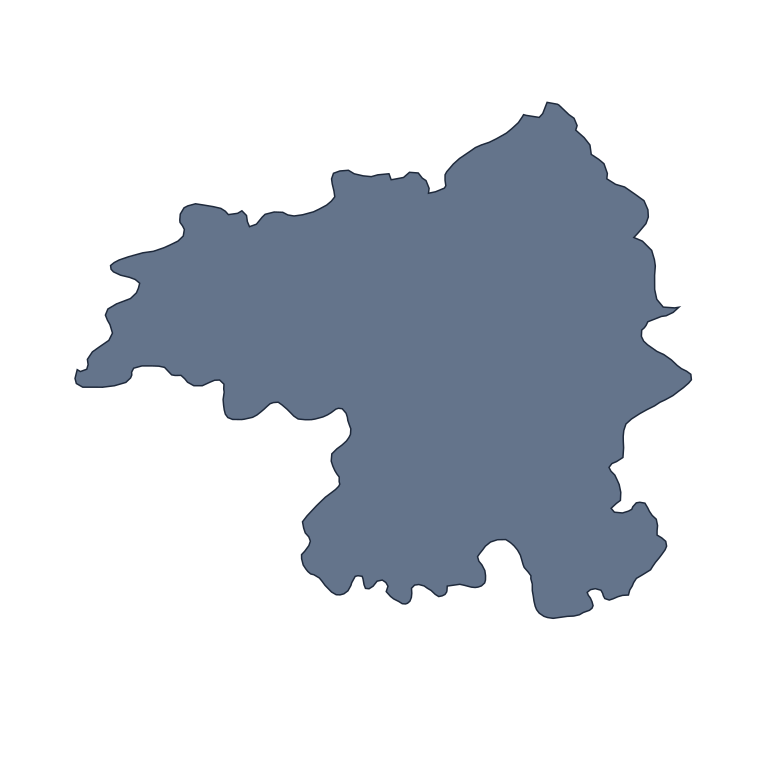 Horki, Mogilev, Belarus (Equal Earth projection), rotated 352°
{"feature_id": "67162791B10713618148259", "entity_name": "Horki", "entity_type": "district", "adm_level": 2, "iso_a3": "BLR", "parent_name": "Belarus", "parent_adm1": "Mogilev", "projection": "equal_earth", "projection_center": [30.973, 54.207], "detail": "fine", "context": "isolated", "style": "filled", "palette": "slate", "viewbox_px": 768, "rotation_deg": 352, "n_neighbors": 0, "source": "geoboundaries", "source_scale": "gbopen_adm2", "svg_char_len": 5249}
<svg xmlns="http://www.w3.org/2000/svg" viewBox="0 0 768 768"><g transform="rotate(352 384 384)"><path d="M686.7,349.0L682.5,349.1L671.2,346.7L665.9,338.1L665.2,328.0L667.1,314.0L669.1,304.9L669.1,298.6L667.7,289.0L659.8,278.5L651.8,273.7L657.1,269.4L665.7,261.7L669.0,255.4L669.6,248.2L667.0,238.7L659.0,231.0L649.7,222.4L641.1,218.5L633.2,211.8L634.5,206.6L632.5,196.5L627.8,191.3L621.2,185.5L621.2,176.0L616.5,167.9L609.2,159.3L611.2,155.0L609.2,147.3L604.6,143.0L596.0,132.1L594.7,131.1L584.7,127.8L578.8,138.3L574.8,141.6L562.3,137.8L559.7,136.7L558.3,138.5L553.4,143.9L546.0,149.0L540.1,152.6L529.4,156.8L521.8,159.3L513.8,160.8L507.4,162.6L500.7,166.0L490.1,171.2L483.3,175.8L475.7,182.5L473.6,185.3L472.8,190.8L472.8,196.3L471.1,198.4L461.8,200.8L454.6,201.3L455.9,196.5L453.9,188.4L450.6,185.5L447.3,179.8L438.7,177.9L432.1,182.2L421.5,182.7L419.5,182.7L418.2,176.5L406.9,176.0L400.3,176.9L392.4,175.0L383.8,171.7L378.5,167.4L369.9,166.9L363.3,168.3L360.6,173.6L360.6,178.8L361.3,186.0L361.3,191.8L357.3,195.6L352.0,198.9L344.1,201.8L338.1,203.7L326.9,205.1L318.3,205.1L312.3,203.2L307.7,199.9L299.1,198.4L289.9,199.4L286.6,201.8L279.9,208.0L272.7,209.5L271.3,204.2L271.3,198.0L267.4,192.7L262.8,194.6L253.5,194.6L252.9,193.8L250.9,190.8L246.9,187.4L239.6,184.6L230.4,181.7L222.4,179.3L214.5,180.3L210.5,181.7L205.9,187.4L204.6,193.2L204.5,195.6L206.5,199.4L207.8,203.2L205.8,209.5L199.9,213.8L191.3,216.6L184.7,218.5L174.1,220.5L163.5,220.5L148.9,222.4L139.0,224.3L133.7,226.2L129.7,228.6L129.7,232.4L131.7,235.3L138.3,239.6L146.9,243.0L152.2,245.9L156.1,250.2L154.1,255.0L151.5,259.3L144.8,264.1L130.3,267.4L121.0,271.3L117.7,277.0L119.0,282.3L120.9,287.1L122.2,295.8L117.6,302.5L107.0,307.8L99.7,311.6L93.7,318.3L93.7,323.6L91.7,328.0L85.1,329.4L82.2,327.1L78.8,335.5L79.4,340.7L85.2,345.2L98.0,347.0L104.7,348.0L116.9,348.2L128.6,346.5L133.9,342.7L135.5,340.0L135.7,337.2L138.3,333.5L146.8,332.4L156.2,333.7L163.5,335.0L169.0,337.0L172.9,342.5L175.0,345.4L178.4,346.5L184.2,347.2L187.4,351.1L189.7,354.9L195.4,359.2L203.9,360.4L212.2,357.9L216.8,356.7L221.8,357.2L225.5,361.9L224.6,366.6L224.6,369.8L222.5,377.0L222.2,382.5L222.2,387.5L222.7,391.8L224.7,395.5L229.1,398.0L238.1,399.4L240.8,399.4L249.3,398.7L253.9,397.0L258.5,394.3L261.8,392.2L265.2,389.8L268.4,387.7L271.9,387.0L276.7,387.3L280.1,390.5L284.5,395.5L287.5,399.5L290.2,403.2L294.1,406.7L301.0,408.4L307.0,409.2L310.9,409.1L319.0,408.1L323.8,406.7L327.9,404.9L332.8,402.2L335.5,401.7L339.2,402.7L342.4,407.7L343.1,411.8L343.1,415.1L344.0,419.8L344.9,423.8L343.8,429.2L341.9,432.0L338.9,435.2L333.9,438.6L328.4,441.6L322.6,445.9L321.0,453.0L321.9,458.2L323.3,463.0L324.9,466.7L326.7,469.9L326.0,474.5L326.3,477.0L324.9,479.0L321.2,481.8L315.7,484.9L310.2,487.9L300.3,495.1L289.4,503.9L284.1,509.1L284.4,515.5L285.3,520.5L288.3,525.0L289.2,529.4L287.1,533.6L282.3,538.5L278.6,541.5L278.1,545.6L278.8,552.0L280.8,556.2L282.5,559.1L283.2,559.9L285.0,561.9L288.0,563.1L293.0,567.1L295.3,570.9L297.6,575.2L303.1,582.7L307.3,586.0L311.2,586.7L315.1,586.2L319.5,583.8L323.2,578.9L324.3,576.4L328.7,570.5L331.5,570.2L335.6,571.4L336.1,574.1L336.3,580.0L337.2,583.8L340.7,584.7L345.1,582.7L349.7,578.3L355.0,577.9L358.2,580.8L359.8,584.8L357.3,589.9L360.9,595.3L363.7,598.2L368.3,601.4L371.5,604.1L374.7,604.8L376.8,604.4L379.4,602.7L381.4,599.2L382.4,595.1L382.8,590.1L386.3,587.4L390.6,587.4L395.7,589.6L398.5,592.3L401.9,595.0L405.4,599.4L408.6,602.1L412.1,601.9L415.1,600.9L417.1,598.7L417.6,597.3L418.5,592.9L425.4,592.9L431.2,592.9L435.5,594.5L442.2,597.3L445.9,598.2L448.9,598.2L452.4,597.5L456.0,595.0L457.2,592.3L457.9,587.9L457.9,582.8L455.8,576.8L453.3,572.7L452.6,568.0L455.1,565.3L458.8,561.8L461.8,558.7L467.5,555.3L474.7,554.0L483.0,555.0L487.1,558.6L490.3,562.4L493.1,567.0L495.2,572.4L495.9,577.1L496.6,582.2L497.3,585.2L500.5,590.1L502.8,594.3L502.3,597.3L503.0,602.7L502.1,609.3L502.3,614.9L502.3,619.8L502.8,625.2L503.7,628.7L505.8,632.5L510.0,636.3L513.4,638.0L518.9,639.6L527.0,639.6L533.2,639.6L539.7,640.2L545.4,639.7L549.6,638.0L556.0,636.7L558.8,635.0L560.2,632.6L559.7,628.6L558.6,624.7L556.9,621.6L556.2,618.6L559.9,616.4L564.8,616.1L570.1,618.4L571.4,621.8L571.7,624.2L572.8,627.2L577.0,629.3L580.9,628.6L586.0,627.2L590.8,626.5L596.7,627.0L598.7,622.2L601.7,618.6L603.5,615.5L606.9,611.6L613.0,609.1L617.1,607.3L622.1,605.1L624.7,602.0L628.0,598.4L632.2,594.6L635.6,591.2L639.3,587.3L641.3,583.9L641.1,579.0L637.6,575.0L633.4,571.6L634.0,567.3L635.2,562.3L634.8,555.8L631.3,551.5L629.1,547.0L627.9,543.3L625.8,538.3L620.8,536.7L617.3,536.8L613.3,540.2L611.9,542.6L608.4,543.9L602.2,544.9L594.3,543.0L591.6,538.7L597.5,534.6L601.9,532.2L602.5,529.1L603.4,524.2L602.9,516.3L601.5,511.4L599.9,506.3L596.6,501.9L595.2,497.9L598.6,494.5L603.5,493.2L610.4,490.0L612.4,480.5L613.0,473.9L613.6,469.1L615.0,463.4L618.0,457.3L624.2,453.1L633.3,448.9L640.8,446.0L648.9,443.3L654.7,440.5L660.0,438.9L668.5,435.7L674.3,432.4L680.0,429.3L682.4,427.7L685.8,425.5L689.0,422.6L689.2,417.1L685.4,413.4L680.7,410.2L676.9,406.4L672.0,400.2L665.3,393.9L658.7,389.6L655.0,386.1L650.4,381.8L647.1,377.7L645.5,372.7L646.7,366.5L649.7,364.5L651.7,362.4L653.9,359.1L668.1,355.7L672.9,355.7L680.4,353.3L686.7,349.0Z" fill="#64748b" stroke="#1e293b" stroke-width="1.5"/></g></svg>